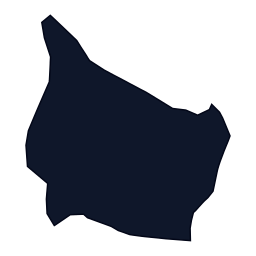 Ivo, Ebonyi, Nigeria
{"feature_id": "59680162B35701990596564", "entity_name": "Ivo", "entity_type": "district", "adm_level": 2, "iso_a3": "NGA", "parent_name": "Nigeria", "parent_adm1": "Ebonyi", "projection": "equal_earth", "projection_center": [7.611, 5.914], "detail": "fine", "context": "isolated", "style": "filled", "palette": "ink", "viewbox_px": 256, "rotation_deg": 0, "n_neighbors": 0, "source": "geoboundaries", "source_scale": "gbopen_adm2", "svg_char_len": 1170}
<svg xmlns="http://www.w3.org/2000/svg" viewBox="0 0 256 256"><path d="M50.3,15.4L41.8,22.4L44.4,37.8L47.7,48.0L50.6,56.9L50.4,60.7L50.3,62.9L50.3,63.8L49.9,72.2L49.5,79.6L49.5,79.9L49.4,80.3L49.4,81.7L38.5,106.8L34.8,115.5L28.4,130.8L26.0,145.2L27.5,166.4L47.7,183.4L46.4,199.1L47.1,213.6L54.3,225.5L55.0,225.1L55.4,224.8L59.1,222.3L70.2,214.7L79.7,214.3L83.6,214.2L87.5,217.7L100.1,222.3L103.7,223.6L111.3,226.4L118.3,230.5L124.1,232.5L125.4,233.0L128.5,234.1L129.0,234.3L130.0,234.6L130.7,234.7L131.6,234.8L132.0,234.9L141.7,236.2L142.5,236.3L143.6,236.4L144.3,236.5L150.3,237.1L158.5,237.9L163.0,238.4L165.9,238.7L190.4,240.6L190.1,228.3L191.4,220.4L193.4,212.5L195.5,210.6L198.9,206.7L199.4,206.2L202.1,203.2L204.3,200.9L207.9,197.6L209.0,196.2L213.0,191.2L217.1,171.6L217.7,169.0L218.7,165.6L220.1,161.4L224.0,151.0L224.4,150.0L228.1,141.0L229.0,138.6L230.0,135.9L222.6,118.0L219.5,112.2L211.7,104.4L209.4,109.6L197.6,115.2L185.8,110.1L172.6,108.5L146.1,92.3L140.3,89.3L129.0,83.3L125.9,81.6L113.3,75.0L104.0,70.0L89.5,60.6L87.7,57.9L86.3,55.5L85.4,54.1L80.7,46.9L76.7,40.5L67.8,32.0L53.2,18.1L50.3,15.4Z" fill="#0f172a" stroke="#020617" stroke-width="1.5"/></svg>